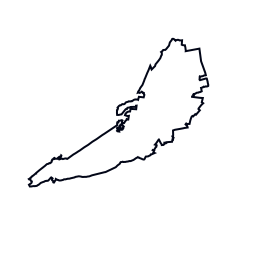 the district of Cotnari, Iasi, Romania, rotated 308°
{"feature_id": "2599482B18683824737313", "entity_name": "Cotnari", "entity_type": "district", "adm_level": 2, "iso_a3": "ROU", "parent_name": "Romania", "parent_adm1": "Iasi", "projection": "natural_earth1", "projection_center": [26.928, 47.355], "detail": "fine", "context": "isolated", "style": "outline", "palette": "ink", "viewbox_px": 256, "rotation_deg": 308, "n_neighbors": 0, "source": "geoboundaries", "source_scale": "gbopen_adm2", "svg_char_len": 5871}
<svg xmlns="http://www.w3.org/2000/svg" viewBox="0 0 256 256"><g transform="rotate(308 128 128)"><path d="M65.3,92.4L65.3,92.2L64.6,92.5L64.3,92.4L63.0,91.6L61.3,91.2L60.5,91.7L59.3,89.9L58.4,89.2L59.1,88.6L59.1,88.4L58.5,88.2L57.1,88.0L56.6,87.8L56.2,88.0L56.1,87.9L55.6,88.2L55.1,88.1L54.8,88.4L54.6,88.4L54.0,88.7L53.0,88.5L52.8,88.3L52.4,88.3L52.2,87.9L51.7,87.5L51.0,87.5L50.2,86.8L49.5,86.3L47.1,85.9L40.7,84.3L36.0,83.3L35.6,83.6L35.4,83.3L35.1,83.2L32.1,82.6L31.4,82.2L31.0,82.3L30.0,82.0L29.3,82.2L29.0,81.9L27.3,81.6L26.7,81.3L26.6,81.6L27.0,82.3L27.2,83.0L26.8,83.5L26.6,84.2L26.5,84.6L26.7,85.1L26.5,85.3L25.5,85.7L24.9,85.7L22.3,84.9L21.5,86.7L22.3,87.7L22.9,88.2L24.4,89.7L24.7,90.3L26.2,91.7L26.9,92.0L27.3,92.0L28.1,92.5L31.1,93.1L33.6,94.6L34.1,95.0L35.2,95.4L36.3,96.4L36.4,96.7L37.4,97.5L40.5,97.8L41.1,97.7L41.8,97.9L41.9,99.2L41.8,99.6L41.1,99.5L40.5,100.0L40.1,100.4L40.2,100.8L40.1,101.1L40.2,101.8L39.4,102.4L39.6,102.7L39.3,103.0L39.5,103.3L41.4,103.0L42.2,103.1L43.4,102.5L43.7,104.4L44.1,105.1L44.2,105.9L44.7,106.7L45.6,107.6L47.3,108.9L48.2,109.2L49.0,110.3L51.1,111.9L51.6,112.6L52.3,113.3L52.7,113.5L56.3,116.4L57.0,116.6L59.7,119.0L60.8,120.9L61.2,122.0L63.9,125.3L64.8,126.0L66.1,127.3L68.6,128.8L78.8,136.8L79.4,137.4L89.6,142.5L92.1,142.8L94.6,143.5L95.2,143.5L96.0,143.2L96.7,143.3L97.4,144.1L98.1,144.5L98.3,144.9L98.3,145.2L99.7,146.9L100.4,147.4L101.7,148.7L102.8,149.4L103.1,150.0L104.1,150.8L105.1,151.3L106.2,152.0L109.2,152.9L110.7,153.6L111.1,153.7L111.0,154.2L111.5,155.1L111.4,155.4L112.2,157.9L112.2,158.4L112.8,159.8L113.0,160.0L113.4,160.2L116.4,159.6L118.0,161.3L118.3,161.4L120.3,162.4L121.2,162.2L121.6,162.7L124.7,164.4L124.4,163.0L126.2,162.6L125.8,161.1L126.0,161.1L126.3,162.2L127.6,161.9L128.6,161.9L129.9,161.6L130.5,161.9L131.0,161.6L131.7,161.5L132.1,161.1L131.5,159.5L133.5,159.6L137.9,159.3L138.0,159.4L136.3,163.0L135.9,164.2L135.9,164.6L135.7,165.0L135.4,165.2L136.4,166.3L137.2,166.5L137.5,166.5L138.8,165.7L139.0,166.0L138.9,166.7L139.1,167.2L139.8,167.5L140.4,167.0L144.3,171.2L146.3,170.1L146.5,170.6L146.9,170.3L147.0,170.4L148.2,169.9L148.0,169.6L148.6,168.4L148.9,168.8L150.4,167.8L153.8,165.0L155.4,166.0L159.5,169.7L162.0,171.9L162.8,172.5L165.1,174.7L165.7,174.0L166.0,173.4L166.3,171.1L167.2,171.1L166.8,172.3L167.9,172.5L169.1,174.0L172.2,172.5L174.3,171.7L176.1,171.2L176.9,171.3L177.3,171.5L177.3,172.2L180.3,172.5L180.3,173.4L184.0,173.6L186.2,173.7L186.3,171.9L186.8,171.6L191.1,171.6L193.8,172.0L193.7,170.3L197.7,168.5L195.8,165.7L192.0,159.3L192.3,159.1L193.0,159.7L193.9,160.0L194.7,159.6L194.5,158.9L195.2,158.8L196.5,160.0L196.9,160.1L197.2,160.1L198.3,160.6L199.0,161.5L200.0,162.0L200.7,162.7L202.3,163.5L204.5,161.0L204.8,161.4L205.3,161.4L205.9,161.6L206.2,162.0L207.2,162.2L207.5,163.0L208.6,163.6L209.3,164.7L209.7,164.8L210.3,165.3L210.6,165.3L211.0,164.9L211.4,164.7L213.0,162.7L213.3,162.5L215.5,159.6L215.4,159.4L215.1,159.0L210.0,155.3L210.0,155.0L210.2,154.6L210.4,154.6L211.0,154.0L211.4,153.9L212.1,153.4L212.2,153.1L212.9,152.8L213.2,153.6L213.9,154.0L214.4,154.6L215.2,155.2L215.7,155.3L216.9,156.2L217.2,156.7L217.5,156.9L219.2,154.7L225.6,144.5L234.5,135.4L224.1,126.2L224.9,125.7L225.2,125.2L227.1,123.3L227.6,122.5L228.2,122.0L227.0,120.1L226.7,119.1L230.4,116.6L229.7,115.9L229.2,115.2L228.9,115.0L228.7,114.6L228.7,114.0L228.3,113.1L227.8,112.6L227.1,112.2L226.8,111.4L226.6,111.3L226.1,111.5L226.1,110.7L226.3,109.9L226.3,109.1L225.8,108.3L225.5,108.1L225.1,108.0L224.3,108.3L221.2,108.3L218.2,109.6L213.7,109.5L212.5,109.3L212.1,108.7L211.1,107.7L210.2,107.8L208.3,107.3L208.2,108.1L208.1,108.4L207.1,109.1L206.8,109.4L206.0,109.7L205.6,109.6L205.4,109.7L202.8,110.5L199.7,110.6L195.1,110.5L193.5,111.2L188.6,110.6L189.1,109.8L190.3,108.2L190.8,107.2L186.1,108.6L183.2,109.3L177.2,111.0L176.8,111.0L175.3,111.6L170.8,112.9L167.3,113.0L164.6,113.6L163.0,113.6L161.9,114.0L162.5,114.4L162.7,115.4L163.9,116.2L165.1,116.5L165.1,117.6L165.1,118.0L164.9,118.2L165.4,118.7L165.4,119.0L164.4,119.7L164.2,120.5L161.8,121.5L159.3,117.4L156.4,118.6L156.3,117.9L155.9,117.3L155.3,116.8L155.0,116.1L153.6,115.2L151.6,114.7L150.9,114.0L151.0,113.9L150.3,113.4L149.5,112.2L149.2,112.2L147.1,110.7L146.6,110.5L145.4,110.6L144.5,110.3L144.0,109.9L143.3,108.8L141.3,108.3L141.0,107.7L139.8,107.3L137.7,107.2L137.5,107.9L136.3,108.4L136.2,108.2L135.3,108.3L133.8,109.5L133.2,109.9L131.8,111.2L131.6,111.4L132.6,112.7L134.7,114.3L134.8,114.5L141.2,114.6L141.6,114.7L142.2,115.5L143.6,115.1L145.0,116.5L145.6,117.4L146.1,117.1L146.7,117.7L149.6,121.3L150.5,120.6L150.9,121.0L147.8,122.9L145.3,119.2L144.5,118.3L142.3,119.5L141.5,118.5L140.1,117.6L139.4,117.4L139.1,117.5L138.5,117.3L137.4,117.3L136.4,117.7L136.5,117.8L137.0,117.8L136.5,118.3L136.5,118.8L136.9,119.6L137.0,120.2L138.1,121.2L134.8,123.0L134.4,122.4L134.2,121.5L133.1,121.9L132.1,121.6L129.5,121.9L128.7,120.7L128.3,120.7L127.5,121.0L127.1,121.5L126.8,122.4L126.7,123.1L126.4,123.2L126.4,123.7L125.3,123.5L124.9,123.6L125.0,124.4L123.6,124.6L123.4,124.4L122.8,124.3L122.3,123.5L122.8,123.1L122.4,122.9L122.0,122.9L121.5,122.8L121.3,122.5L120.9,122.5L120.3,122.7L119.8,123.3L119.0,121.9L118.9,121.6L119.2,121.3L119.4,121.4L119.3,121.0L121.1,120.8L120.9,119.7L121.2,119.4L121.4,119.4L121.8,120.1L122.2,120.0L122.7,121.0L123.7,121.4L123.8,121.1L123.0,120.9L123.2,120.5L123.9,120.5L124.2,120.0L125.4,120.1L125.4,120.5L125.8,120.6L125.8,120.8L128.9,119.8L129.7,119.1L130.5,119.0L130.5,118.7L130.1,118.0L129.5,117.7L128.5,116.9L128.1,116.3L126.5,117.0L126.1,116.1L125.1,116.4L124.6,117.0L123.4,117.7L108.8,112.9L106.6,112.1L99.9,110.1L95.3,108.4L90.2,107.0L85.8,105.4L80.4,103.8L78.9,103.2L78.5,103.1L75.6,102.1L73.6,101.3L66.3,99.2L66.1,99.0L66.1,98.5L65.8,97.8L64.9,96.9L63.4,95.8L63.2,94.9L62.6,94.3L61.0,93.2L61.4,92.5L61.9,92.6L63.0,92.4L64.2,92.9L65.3,92.4Z" fill="none" stroke="#020617" stroke-width="2"/></g></svg>